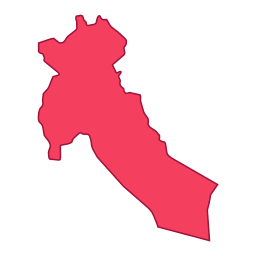 Djelfa, Albers equal-area conic projection
{"feature_id": "DZA-2212", "entity_name": "Djelfa", "entity_type": "Province", "adm_level": 1, "iso_a3": "DZA", "parent_name": "Algeria", "parent_adm1": "", "projection": "albers", "projection_center": [3.218, 34.323], "detail": "fine", "context": "isolated", "style": "filled", "palette": "rose", "viewbox_px": 256, "rotation_deg": 0, "n_neighbors": 0, "source": "natural_earth", "source_scale": "10m", "svg_char_len": 2947}
<svg xmlns="http://www.w3.org/2000/svg" viewBox="0 0 256 256"><path d="M209.5,240.6L157.9,226.9L157.2,224.4L154.0,216.3L151.9,212.1L150.2,210.0L148.3,207.9L123.5,186.3L97.4,157.2L92.9,149.2L92.2,147.4L91.7,145.7L90.9,140.0L89.4,135.6L88.7,134.8L87.3,134.2L84.2,134.2L83.3,134.1L82.7,133.9L81.2,133.0L80.5,132.8L79.6,133.0L78.6,133.7L73.8,138.1L73.0,139.0L72.5,140.0L71.9,141.9L71.3,142.5L70.4,143.0L67.4,144.0L61.7,145.0L61.0,145.2L60.7,145.6L60.4,146.2L60.3,147.1L60.5,155.3L60.4,157.6L60.1,159.5L59.9,159.8L59.5,159.9L57.3,159.9L52.2,159.3L50.4,159.3L49.5,158.8L49.0,157.8L48.5,153.6L48.5,152.7L48.8,150.9L50.2,146.8L50.3,145.6L50.1,144.3L49.4,142.5L48.6,141.0L47.6,139.7L45.4,137.0L44.5,135.7L44.1,134.5L43.0,127.8L42.6,126.0L41.9,124.7L41.2,123.8L39.8,122.4L39.0,121.4L38.5,119.4L38.4,116.6L38.9,112.3L39.5,109.9L40.3,108.2L42.1,106.3L42.6,105.0L43.0,104.1L42.6,100.0L43.4,93.7L47.8,88.8L49.1,86.5L52.1,78.8L53.1,76.7L53.3,76.6L57.7,75.4L58.7,74.9L59.2,74.3L59.0,73.5L58.2,72.5L44.7,61.5L44.3,60.9L44.0,60.4L44.1,59.5L44.4,58.6L44.3,57.5L43.9,56.4L43.1,54.6L42.7,53.9L42.3,53.6L41.1,53.3L40.5,53.1L39.4,52.5L38.9,52.0L38.6,51.4L38.6,43.0L50.5,39.0L53.6,38.4L53.8,38.5L58.5,42.2L59.4,42.7L60.4,43.0L61.5,42.9L62.5,42.6L63.5,42.1L64.5,41.2L65.2,40.2L66.3,38.3L66.6,37.9L67.3,37.0L68.4,35.9L75.8,30.1L76.4,29.4L76.8,28.7L76.9,27.8L76.9,26.7L76.7,24.5L76.7,23.9L76.8,22.3L76.7,21.6L76.1,19.5L75.9,18.3L75.9,17.2L76.3,16.3L76.8,16.1L77.6,15.9L78.7,15.8L80.6,15.4L81.9,15.7L82.7,16.4L83.0,17.2L83.5,19.0L83.8,19.9L84.3,20.6L85.5,21.4L85.8,21.9L86.1,22.6L86.5,24.7L87.1,25.2L88.1,25.5L94.1,24.4L95.2,23.8L95.9,23.2L96.4,22.1L97.3,18.0L98.0,16.8L98.8,15.9L99.5,15.8L100.0,16.1L100.8,17.8L101.3,18.5L102.0,19.2L103.0,19.6L103.9,19.7L106.6,19.5L110.1,25.5L110.9,26.5L115.4,30.2L116.3,30.8L117.8,31.9L125.3,38.9L125.9,39.7L126.3,40.7L126.3,42.1L126.2,43.4L125.9,44.6L125.5,45.5L125.0,46.1L124.4,46.7L124.1,47.4L123.9,48.2L124.1,49.4L124.7,52.3L124.7,53.3L124.4,54.2L123.8,55.0L112.5,64.7L112.7,65.5L115.6,71.5L116.2,72.6L116.7,72.8L117.4,72.7L119.7,71.6L120.5,71.5L120.9,71.7L121.0,72.4L120.7,73.1L120.2,73.8L119.6,74.6L119.0,75.3L118.7,76.0L118.7,76.4L118.7,76.6L118.7,76.8L119.0,77.6L119.9,79.5L120.1,80.3L120.2,81.2L119.9,82.7L119.9,83.5L120.1,84.5L120.4,85.4L121.1,86.5L122.0,87.3L123.2,88.2L123.6,88.7L123.8,89.5L123.9,90.4L124.2,91.6L125.0,92.7L126.0,93.3L127.1,93.3L129.2,92.7L130.2,92.7L139.7,94.8L140.2,95.1L140.5,95.6L140.6,96.5L140.5,98.8L140.5,100.1L140.7,101.6L143.5,111.4L144.4,113.5L147.6,118.0L148.1,119.2L148.3,120.6L148.3,122.0L148.2,123.4L148.2,124.6L148.8,125.9L150.2,127.4L155.6,131.0L156.6,131.9L158.4,134.4L159.4,135.1L159.6,137.1L159.5,137.8L159.1,139.0L159.2,139.5L159.7,140.1L160.7,140.9L162.0,141.4L164.1,142.0L164.8,142.4L165.2,143.2L165.5,144.1L166.7,151.8L167.2,153.8L167.6,154.6L169.0,156.0L171.8,158.2L217.6,184.6L210.6,194.7L209.2,202.7L207.3,210.1L209.5,240.6Z" fill="#f43f5e" stroke="#9f1239" stroke-width="1.5"/></svg>